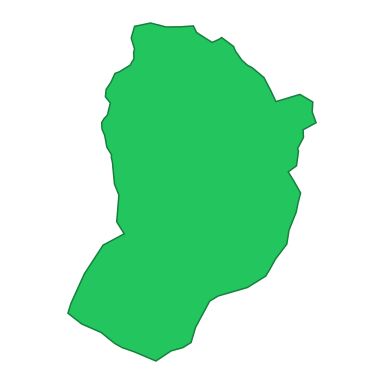 Xairxandulaan, Övörhangay, Mongolia
{"feature_id": "93677404B8353110433001", "entity_name": "Xairxandulaan", "entity_type": "district", "adm_level": 2, "iso_a3": "MNG", "parent_name": "Mongolia", "parent_adm1": "Övörhangay", "projection": "equal_earth", "projection_center": [102.066, 45.837], "detail": "fine", "context": "isolated", "style": "filled", "palette": "green", "viewbox_px": 384, "rotation_deg": 0, "n_neighbors": 0, "source": "geoboundaries", "source_scale": "gbopen_adm2", "svg_char_len": 1127}
<svg xmlns="http://www.w3.org/2000/svg" viewBox="0 0 384 384"><path d="M122.1,347.6L133.9,351.7L155.9,361.0L171.1,350.9L182.9,347.6L191.1,342.5L195.5,327.5L209.7,301.1L218.1,296.0L247.4,287.5L265.7,276.1L269.9,269.2L275.4,259.2L286.8,244.1L289.0,230.2L296.2,212.1L298.1,202.8L300.6,193.0L293.9,181.1L288.2,171.9L296.5,165.8L298.5,151.1L297.6,148.6L303.5,137.4L303.1,129.8L316.1,122.7L312.2,112.0L312.8,102.0L299.9,94.4L275.9,101.6L270.8,90.7L263.9,77.5L251.8,67.4L247.6,65.4L241.7,60.0L235.5,51.1L233.5,46.4L221.6,37.5L219.3,39.2L212.1,42.4L199.0,34.1L196.4,32.2L193.4,25.9L179.5,26.9L172.7,26.9L166.1,27.0L150.6,23.0L134.6,26.3L131.2,38.0L134.1,47.5L134.5,49.1L133.6,52.5L133.8,55.2L133.9,59.1L132.9,60.4L131.6,62.5L130.4,65.0L119.3,71.8L115.0,73.4L111.0,82.1L106.1,89.5L105.4,96.8L110.3,103.0L107.4,115.1L104.0,118.7L101.7,122.6L102.0,129.1L104.7,135.4L106.9,147.3L111.5,154.7L111.3,157.0L112.5,162.9L113.4,172.8L114.5,184.2L118.9,195.0L116.7,221.8L124.2,233.8L103.1,245.1L84.4,273.8L70.9,303.5L67.9,313.2L81.9,324.1L101.2,332.5L109.0,338.9L115.0,343.6L122.1,347.6Z" fill="#22c55e" stroke="#15803d" stroke-width="1.5"/></svg>